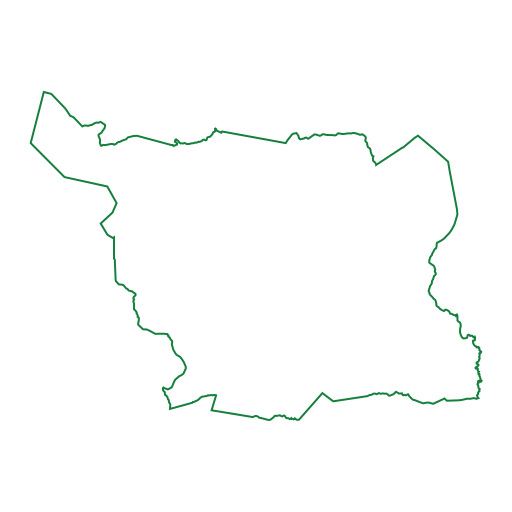 the district of Agneby-Tiassa, Agnéby, Ivory Coast
{"feature_id": "98640826B52449815511854", "entity_name": "Agneby-Tiassa", "entity_type": "district", "adm_level": 2, "iso_a3": "CIV", "parent_name": "Ivory Coast", "parent_adm1": "Agnéby", "projection": "robinson", "projection_center": [-4.418, 5.953], "detail": "fine", "context": "isolated", "style": "outline", "palette": "green", "viewbox_px": 512, "rotation_deg": 0, "n_neighbors": 0, "source": "geoboundaries", "source_scale": "gbopen_adm2", "svg_char_len": 6105}
<svg xmlns="http://www.w3.org/2000/svg" viewBox="0 0 512 512"><path d="M222.1,131.5L221.4,132.7L220.8,132.7L220.3,132.2L217.1,130.9L215.8,128.8L215.4,128.5L215.0,128.8L215.2,130.5L215.0,131.3L214.4,131.9L213.5,132.0L212.2,134.4L210.1,136.7L208.0,137.2L207.2,137.7L206.6,139.9L205.7,140.3L205.0,140.2L204.3,139.7L203.3,139.6L202.8,139.9L201.8,141.0L199.5,141.9L198.7,141.7L196.4,142.7L195.0,142.6L193.4,143.2L191.2,143.4L188.5,144.1L186.7,144.0L184.7,143.0L183.3,143.4L180.7,143.4L179.3,142.5L178.4,141.2L176.2,139.4L175.5,139.6L174.9,141.7L176.3,142.5L177.2,143.7L176.9,144.6L173.5,146.0L173.3,145.5L172.7,145.0L171.3,145.0L137.1,135.8L133.6,136.0L128.2,137.3L127.5,137.7L126.3,139.2L122.2,140.6L119.5,142.0L118.5,142.0L116.9,143.0L116.1,143.9L114.0,144.7L113.3,144.1L111.2,143.9L105.4,145.1L103.4,144.9L102.2,145.3L101.7,145.8L100.9,145.6L99.8,142.8L100.1,140.9L100.0,139.7L98.5,135.6L98.6,134.6L101.7,132.5L102.0,131.7L104.5,128.3L105.2,125.5L104.9,124.8L100.7,121.9L98.5,122.7L96.3,122.6L93.9,123.6L91.9,124.9L89.6,125.3L88.0,126.0L86.6,125.5L84.4,125.5L82.3,126.4L73.6,117.3L70.1,115.7L66.7,110.5L65.1,108.3L51.3,93.9L43.8,92.0L30.7,143.1L64.5,177.1L107.3,186.5L116.6,203.1L112.5,212.6L100.7,223.5L107.4,234.7L112.9,238.0L114.0,237.3L114.0,258.6L114.8,259.5L115.6,279.4L115.9,281.2L118.9,284.4L122.1,284.7L123.4,285.1L126.3,288.5L127.4,288.9L128.6,290.4L130.7,291.2L131.9,291.2L133.0,292.2L135.4,293.7L135.6,294.9L135.4,295.4L133.7,297.0L133.3,298.3L134.1,299.5L133.3,301.1L134.1,304.1L134.0,309.2L135.4,310.5L136.7,312.4L136.5,313.3L137.2,314.2L137.7,315.6L137.6,316.9L138.7,317.5L138.9,318.3L138.7,321.1L138.1,323.3L138.2,324.5L138.4,324.9L142.7,329.0L143.6,329.4L146.5,329.4L149.3,330.6L155.2,333.8L163.3,333.7L167.4,334.1L167.8,335.1L168.3,335.3L168.5,335.8L168.3,336.5L169.9,337.7L170.2,338.9L172.0,340.9L172.2,341.9L171.9,344.8L173.4,349.9L175.6,353.7L176.9,355.0L180.1,356.9L181.2,358.1L183.8,362.1L185.7,366.5L185.8,368.5L183.4,373.7L181.5,375.1L179.1,376.3L175.2,379.7L173.9,382.1L172.0,386.9L171.5,387.4L168.2,389.3L167.5,389.4L166.6,388.8L165.3,388.6L163.4,387.5L162.9,388.2L162.8,389.3L163.1,390.2L163.7,391.2L164.8,392.2L165.0,394.8L165.8,395.2L167.3,396.8L168.0,399.3L168.8,400.1L169.0,402.4L170.1,403.8L170.3,404.5L170.0,408.9L192.5,402.7L192.8,402.0L194.3,401.8L198.2,399.9L200.4,397.7L202.3,396.6L203.9,396.5L205.4,396.1L206.2,396.2L208.1,395.2L208.8,395.5L211.3,395.0L212.5,395.4L214.1,394.9L216.1,395.3L211.6,410.3L252.4,417.0L253.5,416.8L255.2,416.0L256.4,416.0L258.2,416.7L259.4,417.8L261.0,418.0L268.5,420.0L270.4,419.7L273.6,417.2L274.8,415.8L276.6,415.9L279.9,415.3L281.6,416.3L282.4,416.3L284.0,415.5L284.9,416.0L285.8,417.6L286.5,418.1L288.2,418.2L289.9,419.1L290.7,418.8L291.2,418.2L291.7,419.0L292.5,418.8L293.4,419.4L294.2,419.2L294.8,418.3L296.3,419.6L297.2,419.8L299.0,419.7L322.4,393.1L333.2,401.3L367.6,396.1L369.4,395.1L371.5,394.8L373.3,393.7L375.1,393.6L376.6,394.2L378.8,393.1L380.6,393.8L382.9,393.4L384.5,393.7L386.2,393.6L387.4,394.1L388.8,395.6L390.1,395.6L393.4,394.2L396.0,391.8L399.2,393.6L402.0,393.4L402.5,394.8L403.2,395.3L404.5,394.8L406.0,395.3L407.5,394.4L408.2,394.3L409.2,396.1L412.0,399.0L413.2,399.8L414.9,400.2L422.4,403.1L423.6,403.3L426.2,402.7L428.9,402.6L433.1,403.8L444.6,398.5L446.6,400.6L447.6,400.7L458.8,400.3L462.0,399.9L467.1,398.7L469.9,398.8L474.0,398.1L476.3,398.8L478.4,398.1L477.6,397.2L477.0,395.4L477.7,394.4L478.1,394.3L478.1,392.6L478.7,391.7L479.4,391.4L479.2,390.5L479.7,389.1L478.8,388.5L478.5,388.0L478.4,386.4L478.2,386.1L478.1,385.2L477.5,384.5L477.5,384.1L478.0,383.2L478.3,383.1L478.0,382.1L478.1,381.2L478.3,381.0L479.1,380.9L479.8,381.8L481.1,381.7L481.3,381.2L480.5,381.4L479.9,380.8L479.9,380.3L480.7,379.9L480.7,379.4L479.9,376.9L479.4,376.1L479.5,374.3L479.3,373.9L478.5,374.1L478.3,372.2L478.8,371.7L478.4,371.5L477.6,370.0L477.9,369.0L477.7,368.6L476.8,368.4L476.0,368.6L475.6,368.3L475.5,367.8L476.1,367.1L477.8,366.2L478.4,365.4L478.5,364.9L477.9,364.3L476.7,363.8L476.6,362.5L478.1,361.8L479.3,359.8L479.1,359.4L479.7,358.1L479.1,356.8L479.7,355.5L479.4,353.9L480.1,353.4L479.8,353.1L480.7,352.7L481.2,351.9L480.9,351.4L480.3,351.5L480.1,350.6L479.4,350.1L479.3,348.2L479.0,348.2L478.7,347.2L478.2,346.9L477.4,347.5L476.6,347.4L476.3,346.5L475.0,345.9L474.1,344.9L473.2,343.3L472.9,340.8L473.2,340.5L474.7,340.4L474.9,340.1L475.1,337.5L474.7,336.6L473.5,337.3L472.2,335.8L471.2,335.6L470.2,336.0L469.4,335.1L468.4,334.7L467.6,335.3L467.1,337.7L466.4,338.1L463.5,338.5L462.5,337.8L461.8,337.1L460.5,334.2L460.0,332.1L460.1,329.0L460.8,325.8L460.7,324.9L460.3,323.1L459.5,322.1L458.7,321.8L457.5,320.6L457.4,315.6L456.9,314.5L456.0,315.0L455.7,315.9L455.0,315.2L453.5,314.9L451.9,313.9L450.2,313.7L449.3,311.7L448.5,310.9L446.7,309.9L445.2,309.7L444.7,310.5L444.0,311.0L441.9,310.1L440.2,309.0L438.4,307.1L436.8,306.1L436.4,305.4L436.3,303.4L435.5,300.5L435.1,299.8L433.7,298.9L432.4,297.1L430.4,295.1L429.5,293.8L429.4,292.6L428.8,291.7L428.7,290.6L430.1,286.1L431.6,283.8L432.2,280.7L433.2,278.9L433.9,276.2L435.3,275.0L435.7,274.2L435.8,273.3L434.8,271.6L435.2,269.7L434.3,266.8L433.6,265.7L429.5,262.9L429.2,262.0L429.4,260.0L430.3,257.1L432.0,254.8L432.2,253.8L434.7,249.2L436.2,248.1L436.5,246.7L436.7,243.7L437.0,242.8L441.3,240.5L443.7,238.9L449.2,233.2L451.3,230.3L454.1,225.2L454.9,223.0L457.4,214.6L457.0,209.5L449.9,172.3L448.1,161.7L434.2,149.3L418.0,135.7L414.9,137.7L403.0,147.6L402.4,147.6L376.2,164.9L376.2,164.1L374.3,161.7L373.5,161.3L373.2,160.7L372.8,158.3L373.4,156.2L372.3,155.8L371.9,155.2L370.7,151.8L370.4,149.5L369.6,148.2L368.1,147.3L367.4,145.6L367.1,143.1L365.5,141.2L365.3,140.1L365.9,137.9L365.6,137.1L364.7,135.9L362.3,134.3L360.0,134.8L356.5,133.5L353.5,132.9L350.7,133.5L348.6,133.3L343.7,134.0L342.0,134.0L338.6,133.3L338.0,133.4L335.9,135.2L334.6,135.4L332.4,135.1L327.0,135.0L323.3,134.2L322.4,134.4L320.9,135.5L319.7,135.8L316.2,134.6L314.4,134.4L308.5,138.6L307.7,138.6L306.5,137.7L305.3,137.7L303.9,138.5L300.2,139.3L299.2,138.5L298.4,135.8L296.5,133.1L293.3,133.7L292.0,134.5L287.3,140.5L285.7,143.1L222.1,131.5Z" fill="none" stroke="#15803d" stroke-width="2"/></svg>